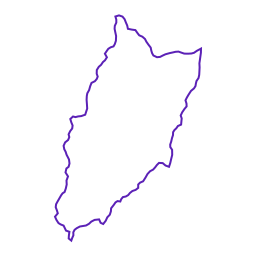 Mesquita, Minas Gerais, Brazil (orthographic projection)
{"feature_id": "56859067B82042747316745", "entity_name": "Mesquita", "entity_type": "district", "adm_level": 2, "iso_a3": "BRA", "parent_name": "Brazil", "parent_adm1": "Minas Gerais", "projection": "orthographic", "projection_center": [-42.614, -19.25], "detail": "fine", "context": "isolated", "style": "outline", "palette": "violet", "viewbox_px": 256, "rotation_deg": 0, "n_neighbors": 0, "source": "geoboundaries", "source_scale": "gbopen_adm2", "svg_char_len": 2314}
<svg xmlns="http://www.w3.org/2000/svg" viewBox="0 0 256 256"><path d="M115.4,16.5L116.3,19.6L116.3,22.6L114.8,25.9L114.6,28.8L115.2,31.8L116.1,36.0L115.9,40.8L114.8,44.1L113.5,46.4L110.7,47.3L108.3,48.8L106.8,50.9L104.9,53.7L106.9,57.3L105.0,60.3L102.9,62.1L101.1,64.8L98.8,66.8L96.8,70.0L96.7,73.7L97.7,76.6L96.8,78.9L94.9,81.2L91.5,82.9L90.2,86.2L89.1,90.1L87.3,93.3L86.8,96.0L86.6,99.8L86.9,103.8L87.2,108.5L86.0,112.2L85.2,114.7L81.2,116.1L78.2,116.4L75.5,117.1L73.0,116.5L70.3,119.0L71.3,122.3L72.6,125.5L72.2,128.5L70.2,131.1L68.6,134.3L69.3,137.1L68.1,140.0L65.1,142.4L63.6,145.8L64.3,149.3L65.6,151.7L66.6,154.8L67.7,156.9L69.0,159.5L69.5,163.5L68.6,166.8L66.4,168.5L65.5,172.4L68.0,176.4L66.5,180.5L66.7,184.5L65.8,188.5L64.6,192.0L62.6,193.3L61.2,195.2L59.3,198.5L57.4,201.8L56.1,204.2L55.7,207.2L56.8,210.1L57.8,213.3L55.0,216.7L56.5,220.0L58.5,223.1L60.6,224.4L63.6,225.6L66.0,230.6L69.4,231.8L68.9,235.5L68.7,238.5L71.3,240.6L72.2,238.0L73.4,235.3L73.3,232.3L74.6,229.8L76.7,228.2L79.9,226.5L83.0,226.0L86.0,225.5L89.0,223.8L91.3,221.6L94.6,219.9L99.1,219.4L100.6,222.8L103.2,224.0L105.7,220.8L107.3,217.3L109.8,214.7L110.9,211.3L111.1,208.3L113.7,205.0L115.5,202.4L117.5,201.1L120.3,201.5L121.2,199.2L122.9,197.1L125.8,196.5L128.2,195.1L130.0,192.9L132.4,191.0L135.6,189.9L138.2,187.9L138.2,184.5L140.1,182.6L143.1,181.3L145.6,177.4L147.5,174.0L150.1,171.2L153.1,169.6L155.1,167.4L156.9,165.0L159.0,162.9L162.7,163.1L165.5,165.5L169.0,166.8L170.2,163.2L171.2,158.9L172.2,154.9L172.1,149.8L170.3,147.1L170.2,144.6L171.2,141.6L172.0,138.1L173.0,135.1L173.1,132.2L174.4,130.1L176.3,128.3L177.9,126.0L181.1,124.6L181.4,121.4L181.7,118.4L180.7,115.5L182.2,112.3L184.5,108.9L186.6,106.4L186.5,103.6L185.5,100.3L186.9,97.5L188.6,94.6L191.0,90.9L194.0,88.4L195.5,86.0L195.9,83.5L196.5,81.0L198.5,78.1L199.2,75.0L199.4,71.4L199.6,67.4L199.4,63.3L199.9,59.9L200.4,56.3L200.9,52.8L201.0,48.6L196.9,50.8L194.0,52.8L191.4,53.5L187.8,53.7L184.2,53.6L180.7,52.4L178.5,51.6L175.5,51.8L173.0,52.4L169.7,53.1L165.4,54.3L162.6,55.6L160.1,56.9L157.0,57.2L153.4,55.5L152.1,53.2L151.3,50.6L150.7,47.6L148.4,44.6L146.3,41.6L145.0,39.0L142.4,36.7L139.2,35.3L137.5,33.1L135.4,30.1L131.8,29.6L127.9,28.8L127.2,25.5L125.9,22.5L124.6,19.2L122.5,16.6L119.0,15.4L115.4,16.5Z" fill="none" stroke="#5b21b6" stroke-width="2"/></svg>